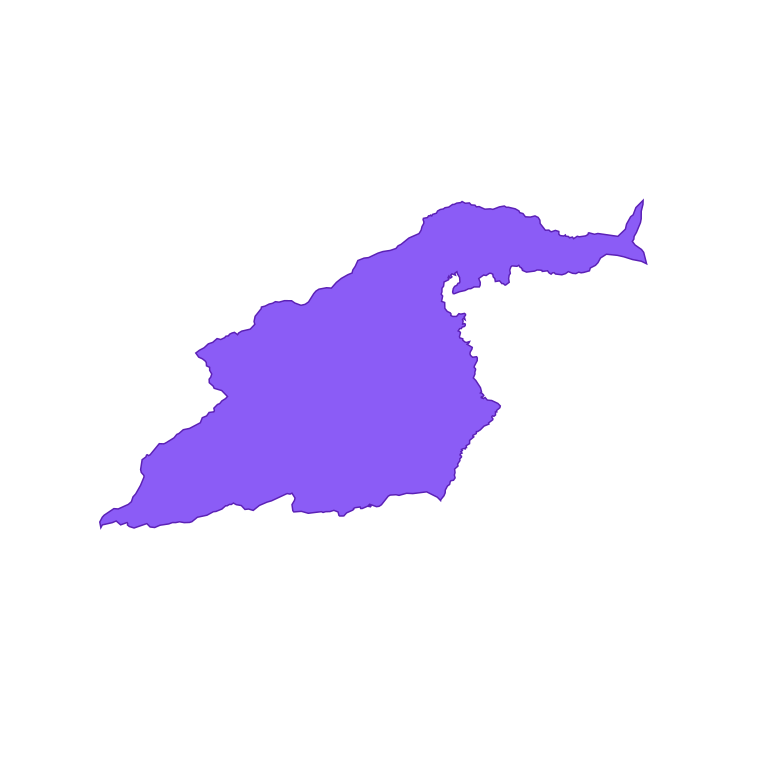 the district of La Cumbre, Valle del Cauca, Colombia, rotated 59°
{"feature_id": "7082276B32711967571175", "entity_name": "La Cumbre", "entity_type": "district", "adm_level": 2, "iso_a3": "COL", "parent_name": "Colombia", "parent_adm1": "Valle del Cauca", "projection": "robinson", "projection_center": [-76.586, 3.705], "detail": "fine", "context": "isolated", "style": "filled", "palette": "violet", "viewbox_px": 768, "rotation_deg": 59, "n_neighbors": 0, "source": "geoboundaries", "source_scale": "gbopen_adm2", "svg_char_len": 6139}
<svg xmlns="http://www.w3.org/2000/svg" viewBox="0 0 768 768"><g transform="rotate(59 384 384)"><path d="M360.0,67.3L362.5,77.2L367.3,83.3L367.7,86.5L371.9,93.8L375.6,97.3L377.9,107.5L365.1,123.2L364.1,126.4L360.0,130.4L359.8,131.0L360.9,132.2L360.9,134.9L358.4,140.8L356.9,142.3L357.1,146.6L355.1,146.8L354.2,149.7L352.6,149.9L350.8,152.2L349.7,151.8L349.7,153.8L347.5,156.5L345.7,157.0L343.3,155.6L340.6,158.0L339.8,161.9L339.1,162.7L337.0,163.4L335.3,166.5L326.9,167.5L323.8,166.0L320.6,166.1L317.7,168.0L316.3,172.6L313.5,176.7L309.5,177.1L307.0,179.4L305.1,179.2L301.4,181.3L296.4,186.5L295.7,188.0L293.4,189.2L291.6,193.9L290.4,200.7L288.6,202.7L286.1,207.5L280.9,211.1L279.7,213.6L277.6,213.9L275.4,217.0L272.8,217.5L270.9,221.3L267.8,223.1L268.0,224.9L266.4,228.5L266.2,231.3L265.4,232.7L265.7,237.5L264.3,240.9L264.5,243.0L263.4,245.9L263.3,249.0L264.6,251.1L263.6,255.1L264.5,256.5L263.2,257.2L263.5,258.0L262.8,259.2L263.7,261.0L262.3,264.9L263.3,265.9L265.5,266.3L266.9,267.3L268.6,270.3L271.3,273.0L273.1,276.5L271.7,287.5L273.1,297.5L272.8,300.8L274.0,303.9L272.7,309.9L269.9,316.7L268.7,321.8L267.7,332.1L265.8,336.3L264.7,342.8L268.3,348.0L270.2,352.0L272.4,354.2L271.7,358.6L271.5,366.2L272.4,372.5L274.7,379.7L271.9,383.7L269.2,390.9L269.3,394.5L270.4,397.7L274.8,406.4L275.1,410.5L273.8,414.6L268.7,418.7L265.1,420.3L261.3,426.4L259.8,431.8L257.5,434.7L257.4,438.0L256.3,441.3L256.0,445.7L254.9,449.4L256.2,450.5L259.6,459.6L263.5,463.2L266.3,464.0L268.1,470.4L265.4,478.7L265.4,482.4L266.3,484.1L262.7,485.6L262.0,488.1L261.8,490.8L262.6,492.5L261.6,495.0L262.2,496.7L261.8,501.0L259.1,503.7L260.1,509.4L259.1,513.9L260.3,519.7L260.0,524.8L260.5,529.4L265.5,529.0L268.9,526.7L272.3,525.4L274.1,525.3L277.0,526.8L279.9,524.9L282.5,526.4L286.7,526.5L288.9,529.0L289.8,531.4L292.9,533.1L297.9,531.5L300.2,531.8L306.0,526.5L314.1,524.6L314.9,527.3L315.0,531.7L316.2,534.9L315.8,537.3L317.1,542.3L319.6,543.2L320.2,544.2L318.3,548.6L320.0,552.5L319.3,557.1L322.6,561.4L321.9,573.6L319.8,579.6L320.8,585.2L320.5,587.6L322.0,591.7L322.1,602.2L321.8,603.7L319.4,607.4L324.2,620.9L324.2,622.6L322.7,623.4L322.6,624.1L323.9,625.7L324.3,630.3L332.0,636.7L334.8,637.6L338.7,636.9L340.1,637.6L345.5,644.9L350.3,653.4L351.5,657.3L354.8,661.2L355.5,665.2L354.2,676.2L351.7,679.7L352.3,691.4L353.1,694.1L355.9,698.7L361.3,700.7L359.7,698.0L362.9,688.3L363.5,684.1L369.1,682.3L370.4,675.6L371.4,675.5L372.7,676.5L375.0,675.7L378.7,672.4L381.5,659.2L386.1,658.1L388.9,654.5L389.7,648.7L393.1,640.5L393.8,636.7L395.5,634.0L396.8,630.2L399.9,626.7L402.5,622.0L403.1,619.6L402.1,612.6L405.3,603.3L405.6,596.0L406.7,593.7L407.7,587.3L406.8,582.4L407.6,581.3L407.6,578.5L408.6,577.0L408.5,574.4L411.3,572.8L414.7,568.9L419.9,567.8L421.4,564.5L425.0,561.2L423.9,553.4L425.0,545.2L426.2,540.6L428.0,523.5L430.0,521.2L430.2,519.1L435.9,519.0L437.6,520.6L440.0,525.0L445.6,527.4L447.2,527.2L450.6,520.4L455.8,515.5L461.2,503.4L462.7,502.4L463.4,499.7L465.5,496.1L466.5,492.0L470.0,489.3L473.4,490.3L474.3,490.0L476.4,486.4L475.2,482.4L476.0,475.9L475.8,474.5L475.1,474.3L475.1,472.6L477.1,467.8L478.7,468.1L479.5,466.8L480.3,461.0L482.3,458.8L482.0,458.2L480.0,459.4L479.7,458.2L485.3,453.6L486.3,451.2L486.2,448.4L482.3,438.1L482.4,435.9L485.1,430.7L487.2,428.5L489.3,420.9L492.8,415.7L498.4,403.0L508.5,396.6L513.1,395.5L512.4,394.9L510.7,390.2L508.8,387.6L506.5,386.1L504.1,382.1L503.9,379.5L501.7,377.4L501.4,376.3L502.3,374.0L501.1,371.4L498.3,370.6L496.6,368.8L493.3,367.3L492.4,362.8L490.5,362.1L488.8,358.4L487.2,357.6L486.5,355.2L485.8,354.8L483.9,355.4L483.2,354.4L483.4,352.7L481.6,352.9L481.4,351.1L480.0,351.2L480.3,349.2L481.5,347.7L480.6,347.1L481.0,346.0L479.2,345.3L479.2,341.4L476.4,339.6L475.6,334.3L474.5,334.8L473.8,334.2L474.0,330.5L472.4,329.3L473.0,328.3L472.9,325.0L471.6,319.9L472.4,314.7L471.2,314.4L470.7,309.3L470.0,308.6L467.9,308.7L467.3,308.1L467.3,307.2L468.3,306.4L468.0,304.4L465.3,302.8L466.0,301.7L464.7,301.1L464.0,296.9L462.7,295.6L459.3,296.4L453.6,300.2L451.0,303.7L447.6,304.3L447.7,306.3L445.8,307.7L445.2,307.1L445.9,306.1L445.1,304.3L442.3,304.8L441.3,305.9L440.8,304.4L436.8,303.2L428.2,303.5L424.8,304.3L422.3,300.9L420.6,300.0L418.9,298.1L417.8,297.7L416.4,298.2L415.3,297.5L412.0,292.1L409.7,290.6L408.3,290.6L406.7,294.3L404.0,295.1L402.4,294.8L401.0,293.6L399.4,290.7L398.1,289.5L392.8,292.3L392.5,290.0L391.7,288.8L390.9,291.8L389.9,292.9L387.2,293.9L385.8,293.2L383.4,295.3L382.2,294.9L379.5,292.1L378.1,292.1L376.7,293.1L375.5,290.6L376.3,289.2L375.5,287.7L376.1,285.4L375.7,284.3L374.6,283.5L373.8,283.7L373.1,285.7L370.7,283.7L369.2,283.6L368.7,282.2L370.6,281.4L367.7,280.6L367.2,278.9L366.2,278.2L364.9,278.7L363.7,282.1L362.3,283.6L363.4,287.0L361.5,290.3L359.7,291.4L358.5,290.5L357.1,290.6L354.4,292.4L350.5,292.9L345.4,290.0L342.8,292.1L338.8,288.4L336.4,288.7L334.9,286.9L331.8,285.0L330.8,282.5L327.5,280.0L327.9,275.0L327.6,274.5L325.8,274.3L324.9,272.8L327.3,272.8L327.4,271.1L327.1,270.6L325.1,270.8L324.6,269.0L327.5,266.7L325.6,266.3L325.3,263.7L327.3,264.3L331.6,264.3L335.5,266.3L336.2,267.2L335.8,268.7L336.9,270.8L336.7,273.2L337.9,275.5L340.5,277.8L342.2,278.1L342.8,277.3L343.8,271.7L345.6,266.4L345.9,262.4L347.0,260.5L347.2,256.7L349.9,252.3L348.7,250.6L346.3,249.1L342.4,248.5L341.9,242.5L343.6,240.6L343.4,236.7L344.2,235.3L345.9,234.2L348.4,235.2L350.7,234.7L353.5,235.8L355.1,231.8L358.7,231.2L359.3,230.1L361.6,229.3L361.8,228.6L361.3,224.3L357.9,222.9L355.2,220.7L354.3,218.8L351.1,217.5L349.0,215.0L348.7,213.4L351.6,209.4L351.7,207.3L354.1,207.2L355.1,206.4L356.1,206.7L357.0,206.1L357.9,206.8L361.5,204.2L364.8,196.7L365.1,194.1L366.6,191.8L367.9,190.2L369.0,190.4L371.2,185.5L373.7,185.3L375.9,184.2L375.5,182.3L376.2,180.8L378.0,180.4L382.0,175.3L382.9,171.5L382.6,168.1L386.2,165.4L388.2,162.7L388.4,159.5L390.2,157.8L391.2,155.4L392.8,149.6L390.8,147.4L391.2,141.6L390.2,138.1L387.5,133.5L387.3,126.5L393.9,117.7L398.6,112.8L405.3,106.9L411.3,100.2L416.2,97.0L404.9,93.6L401.3,94.0L394.2,97.2L389.7,97.7L388.6,95.3L386.3,93.6L384.1,89.6L377.8,81.1L374.9,78.5L368.4,74.5L363.4,69.5L360.0,67.3Z" fill="#8b5cf6" stroke="#5b21b6" stroke-width="1.5"/></g></svg>